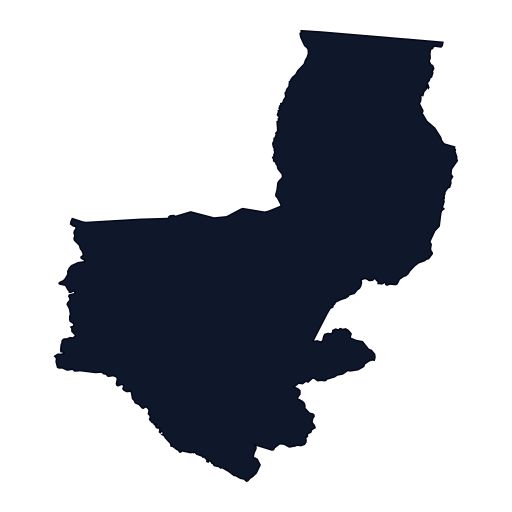 outline of Alta Floresta, Mato Grosso, Brazil
{"feature_id": "56859067B61506313751079", "entity_name": "Alta Floresta", "entity_type": "district", "adm_level": 2, "iso_a3": "BRA", "parent_name": "Brazil", "parent_adm1": "Mato Grosso", "projection": "albers", "projection_center": [-56.382, -10.043], "detail": "fine", "context": "isolated", "style": "filled", "palette": "ink", "viewbox_px": 512, "rotation_deg": 0, "n_neighbors": 0, "source": "geoboundaries", "source_scale": "gbopen_adm2", "svg_char_len": 5985}
<svg xmlns="http://www.w3.org/2000/svg" viewBox="0 0 512 512"><path d="M301.2,30.7L301.0,33.2L300.1,33.5L300.8,37.3L304.6,45.5L307.0,47.6L308.3,49.7L308.4,53.7L307.2,57.3L305.5,60.2L304.2,64.1L297.8,70.8L295.8,74.6L292.7,77.2L291.0,79.6L290.6,81.1L289.5,81.6L289.0,86.7L286.7,89.4L286.2,91.7L285.2,92.8L285.7,96.9L283.5,100.3L283.1,102.2L282.1,103.4L280.8,103.6L281.1,104.9L279.9,105.8L279.1,108.5L279.7,109.5L279.2,110.5L278.3,110.8L278.5,111.9L277.4,114.9L279.0,117.0L279.5,118.8L278.3,118.8L278.5,121.0L277.1,121.7L277.7,130.4L276.9,132.2L275.8,133.2L276.3,134.2L275.2,137.7L274.1,138.3L274.0,141.5L273.0,142.6L272.8,144.1L273.5,147.2L274.6,148.9L274.1,150.0L274.6,150.9L274.6,153.7L273.8,154.6L274.1,156.4L272.7,157.3L273.8,159.8L273.6,160.9L275.8,162.3L276.1,164.0L277.4,165.7L277.7,168.0L278.3,169.3L282.2,174.1L282.5,176.5L282.0,178.1L279.5,180.5L277.9,182.9L277.1,189.9L275.8,194.6L276.0,196.2L277.4,197.6L280.9,204.3L281.1,206.2L268.5,211.3L264.6,212.2L242.9,208.6L241.4,209.0L226.6,216.8L214.0,218.0L190.7,211.9L175.6,216.4L173.4,215.5L170.2,215.9L169.1,216.6L168.0,218.5L140.8,219.3L85.8,222.5L82.7,222.0L72.3,218.6L71.0,221.4L70.6,224.0L73.3,226.0L75.8,226.5L76.1,227.7L75.9,228.9L74.3,231.3L74.0,233.1L74.9,235.5L74.0,238.7L74.5,240.3L79.3,245.1L80.6,249.1L81.7,250.2L83.0,253.0L83.2,254.8L82.7,255.9L81.0,257.0L81.2,258.2L85.1,260.4L84.3,261.8L78.0,262.7L71.5,265.7L69.4,268.1L67.7,271.5L68.0,273.3L67.5,275.0L65.4,278.6L63.6,280.6L59.4,282.6L59.1,283.6L60.0,284.1L65.2,285.2L66.0,286.0L67.8,289.5L69.0,290.8L69.3,292.2L70.5,292.4L73.6,290.9L74.8,291.7L74.9,293.1L73.9,293.9L69.3,295.0L68.8,296.1L70.1,299.2L69.8,300.4L67.6,303.0L67.2,304.4L69.5,308.6L70.2,312.4L70.5,314.2L69.8,316.2L69.7,319.6L70.2,321.2L73.5,323.5L73.9,324.8L73.7,326.1L70.9,327.1L71.9,328.3L71.9,331.3L75.4,335.0L75.2,336.1L73.1,338.0L70.1,337.6L67.2,338.9L64.2,339.0L62.9,339.8L62.0,341.2L62.2,342.3L61.2,344.7L60.7,350.0L61.0,351.7L63.6,352.1L64.3,353.2L61.4,354.4L57.9,354.2L54.7,356.2L56.6,358.3L56.1,361.6L57.5,367.2L59.1,368.0L62.4,367.9L67.3,370.1L72.2,369.3L73.4,369.7L74.4,370.9L76.0,371.0L80.0,370.6L95.5,372.5L101.2,372.1L102.6,372.6L103.5,373.7L106.8,374.3L107.1,375.5L108.3,376.3L113.1,375.6L116.0,376.6L117.5,378.4L116.4,383.8L116.9,385.2L118.0,385.8L121.3,384.5L123.2,384.8L123.9,386.0L122.9,388.7L123.9,390.1L126.7,391.6L130.6,391.2L131.5,392.5L132.5,398.6L134.3,400.5L135.2,402.8L139.3,404.6L142.0,407.8L143.2,408.3L145.2,407.0L146.4,406.9L148.5,408.9L149.1,411.0L148.4,414.0L149.8,415.2L150.2,416.3L150.3,417.7L149.5,419.0L150.2,420.3L152.0,422.3L153.6,423.1L154.4,424.6L155.8,424.2L155.6,425.8L156.4,427.5L157.8,428.1L159.5,427.9L159.8,428.9L159.5,432.1L160.3,432.7L161.0,431.5L162.0,431.5L163.4,432.5L163.5,433.8L162.1,434.5L164.2,435.7L165.4,437.8L170.7,443.6L171.0,446.0L173.2,446.6L176.7,449.4L178.5,450.2L179.6,452.0L180.8,452.1L181.8,450.8L190.7,452.7L192.0,452.2L193.5,452.7L194.4,451.8L196.8,454.2L202.0,456.0L202.9,457.2L204.9,456.7L205.0,457.9L207.3,459.9L206.8,461.5L208.2,462.0L208.6,460.5L211.2,461.7L211.8,463.1L213.1,463.5L213.6,464.8L214.6,465.7L218.9,466.6L220.6,468.0L222.2,467.7L228.4,471.2L234.1,475.5L235.5,475.5L240.4,478.3L244.0,479.0L246.6,481.3L248.0,480.6L249.8,478.4L252.5,476.6L256.3,473.0L260.1,465.0L257.2,459.3L254.9,458.0L253.7,458.1L253.3,456.8L253.9,453.4L256.0,448.6L255.9,446.4L254.6,444.7L272.1,450.1L273.6,449.6L274.4,447.8L279.2,444.1L280.4,443.8L284.3,444.2L289.3,447.0L295.0,446.0L297.1,445.2L301.1,445.6L304.5,444.3L305.9,442.1L306.1,440.5L305.6,437.6L307.4,436.5L307.3,434.0L310.8,432.2L311.6,429.8L315.1,427.7L314.4,425.6L312.3,422.8L312.0,421.3L313.0,417.7L314.0,416.7L314.0,415.2L312.9,414.0L309.5,413.2L304.8,408.2L304.9,405.2L303.8,402.7L301.7,400.9L300.6,400.8L299.8,399.8L298.3,399.6L297.7,398.7L297.8,397.1L300.0,394.1L299.9,390.6L297.6,388.6L293.7,387.2L298.6,383.1L302.5,383.7L305.1,381.7L306.2,381.4L308.2,382.0L312.3,378.2L314.2,378.1L317.6,380.7L321.3,380.3L324.5,380.7L325.8,380.4L326.6,379.2L334.6,376.8L337.0,375.1L342.6,374.0L347.6,370.5L350.5,370.9L358.0,369.7L363.7,366.5L364.6,363.9L369.4,360.7L372.5,359.9L374.3,360.2L375.0,357.1L374.6,354.3L371.4,350.4L368.4,349.2L362.5,341.7L356.2,340.5L350.5,338.2L350.2,337.0L351.1,333.8L348.1,330.3L345.7,328.9L342.2,329.5L340.8,328.6L339.7,328.9L338.9,329.8L337.8,329.8L335.6,329.1L332.8,330.5L332.8,332.3L331.5,333.5L330.1,333.9L328.2,333.4L324.8,334.4L323.7,336.5L322.9,340.2L322.0,341.5L321.0,341.9L319.9,341.9L317.6,340.9L314.2,341.3L313.0,340.9L327.0,313.7L329.9,308.8L331.0,307.8L332.7,307.2L333.2,305.1L334.4,304.2L335.6,302.0L340.6,299.6L346.0,297.8L348.4,296.1L349.1,294.8L354.3,293.4L357.3,289.7L359.5,288.2L360.6,286.3L361.5,282.8L361.1,280.4L361.8,279.5L365.0,278.4L367.8,279.4L368.5,280.2L369.7,280.6L372.6,280.2L374.2,278.6L375.4,278.6L376.7,280.6L377.9,280.9L378.2,283.6L380.1,283.5L381.4,284.0L384.9,282.5L385.9,283.1L385.8,284.5L387.0,285.1L389.8,284.1L395.7,284.6L397.2,283.7L399.4,279.2L403.7,276.3L405.9,275.6L408.0,273.7L410.0,270.6L414.6,265.8L418.5,262.8L424.3,260.8L426.5,259.2L428.6,258.6L432.2,253.9L432.2,252.8L430.7,250.4L430.5,248.7L431.2,244.3L430.0,242.4L430.0,241.1L434.8,230.8L439.2,226.1L440.8,213.0L441.7,210.5L443.9,208.9L442.3,207.3L444.1,201.7L443.5,199.4L444.2,198.6L444.1,195.3L444.8,194.2L445.0,191.8L447.7,188.1L449.7,187.1L450.9,183.2L450.6,180.1L452.6,176.6L450.9,174.3L451.5,169.0L457.3,160.7L456.4,158.0L456.8,157.1L454.9,151.4L455.4,149.6L454.2,148.5L454.7,147.0L444.7,144.1L443.4,143.2L441.5,140.4L440.7,137.5L434.7,128.1L426.8,121.3L422.8,114.4L421.4,113.1L422.5,112.3L422.9,110.7L419.3,103.6L420.6,101.0L420.9,97.4L420.4,96.2L421.4,95.4L422.8,95.6L423.9,91.5L426.0,89.4L426.6,86.6L428.3,88.4L428.8,87.4L427.4,83.3L427.7,82.0L429.1,80.7L430.0,77.9L431.5,77.0L432.8,73.0L432.3,71.6L433.7,68.5L433.2,67.0L432.5,65.5L430.9,64.8L429.1,61.3L430.2,58.0L429.9,54.1L430.3,50.3L431.3,48.8L432.6,48.5L432.5,47.5L434.7,46.1L441.0,47.0L442.2,45.7L442.9,42.3L322.4,32.1L301.2,30.7Z" fill="#0f172a" stroke="#020617" stroke-width="1.5"/></svg>